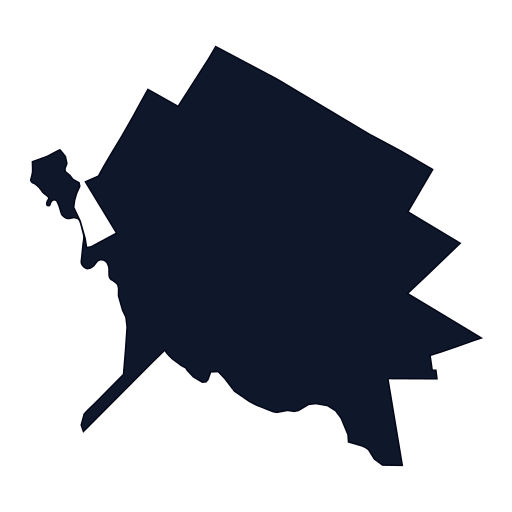 Bujoru, Teleorman, Romania (orthographic projection)
{"feature_id": "2599482B24334179401508", "entity_name": "Bujoru", "entity_type": "district", "adm_level": 2, "iso_a3": "ROU", "parent_name": "Romania", "parent_adm1": "Teleorman", "projection": "orthographic", "projection_center": [25.545, 43.726], "detail": "fine", "context": "isolated", "style": "filled", "palette": "ink", "viewbox_px": 512, "rotation_deg": 0, "n_neighbors": 0, "source": "geoboundaries", "source_scale": "gbopen_adm2", "svg_char_len": 2653}
<svg xmlns="http://www.w3.org/2000/svg" viewBox="0 0 512 512"><path d="M369.0,134.0L367.0,132.8L360.1,128.7L277.2,79.2L215.7,46.6L208.4,59.1L178.1,106.4L147.9,89.4L137.5,108.2L133.3,116.0L121.0,137.5L111.8,152.7L104.2,165.6L98.4,176.1L85.4,181.8L116.6,233.1L99.8,242.1L91.1,246.8L86.6,247.6L85.2,238.7L80.3,221.3L73.7,207.4L74.6,200.4L76.6,193.4L79.8,186.3L79.1,182.8L72.9,179.3L69.8,175.3L66.0,172.2L65.2,171.6L65.0,168.5L66.9,163.5L65.4,156.5L62.4,152.7L61.0,151.0L59.9,149.8L58.1,150.6L46.9,156.5L32.4,161.7L32.6,169.6L32.5,172.3L32.0,174.9L31.4,177.3L30.9,179.3L30.7,180.0L30.9,180.8L31.4,181.6L32.0,182.4L32.9,182.9L34.3,183.5L35.8,184.4L38.9,187.2L41.1,189.9L42.5,192.0L44.3,193.7L47.0,195.7L48.1,196.6L48.5,197.4L48.7,198.5L48.3,199.6L47.4,201.0L46.9,202.3L46.7,203.4L46.7,204.3L46.9,204.9L47.4,205.5L48.1,205.7L48.7,205.7L49.2,205.6L49.7,205.1L50.1,204.5L50.3,203.6L50.7,202.5L51.3,201.6L52.1,200.7L52.9,200.1L53.5,199.9L54.4,199.9L55.0,199.9L55.6,200.1L56.3,200.5L56.7,200.9L57.2,201.7L59.0,205.7L60.5,210.7L61.2,213.2L61.9,214.8L63.4,216.3L64.7,217.3L66.3,218.2L67.7,218.5L69.0,218.6L72.0,217.9L73.9,217.6L75.6,217.9L77.0,218.3L78.3,218.9L79.1,219.8L79.8,221.0L80.7,223.5L81.6,226.9L83.4,234.0L83.8,236.0L83.8,238.2L83.6,240.2L83.0,244.5L82.4,250.4L81.8,256.4L81.3,260.8L81.2,261.8L81.3,262.6L81.5,263.6L82.2,265.0L83.7,266.8L85.0,267.7L86.3,268.5L87.3,268.7L88.3,268.5L89.9,268.2L91.6,267.4L93.9,265.6L96.4,262.3L97.5,261.0L98.7,260.3L100.4,259.7L102.0,259.8L103.5,260.1L104.7,260.7L105.9,261.5L107.2,262.9L108.2,265.3L108.8,267.2L109.0,269.3L109.0,273.5L109.1,275.9L109.5,277.3L110.1,278.4L110.9,279.4L112.7,280.4L115.4,282.4L117.2,284.0L117.8,285.1L118.2,286.5L118.6,288.6L118.5,293.2L118.5,295.9L122.6,310.3L125.9,317.1L127.1,326.9L125.6,348.8L123.5,374.4L94.5,403.7L87.8,410.1L84.2,414.0L81.2,425.0L83.4,431.5L149.4,365.2L154.1,360.5L164.7,350.2L165.7,351.3L166.0,352.0L166.9,353.2L169.2,355.8L172.4,358.9L181.4,365.6L185.4,367.7L185.8,368.0L186.1,368.5L187.2,370.3L193.4,376.9L202.3,382.2L205.9,381.9L207.9,379.7L210.7,371.9L218.2,371.6L224.6,378.3L234.4,391.1L249.3,401.4L256.4,405.1L273.1,411.7L276.8,412.4L287.5,410.4L294.4,411.4L298.4,410.5L308.7,404.4L316.0,403.6L327.5,405.6L335.7,410.8L341.1,418.1L348.0,434.7L348.5,442.0L362.0,445.9L365.5,447.5L368.5,449.6L374.4,459.1L382.6,465.1L402.3,465.4L387.9,378.6L437.0,378.8L435.9,370.2L432.2,370.2L430.1,355.4L441.6,351.8L459.8,345.5L472.0,341.1L481.3,338.0L466.3,328.9L440.1,313.1L417.8,299.7L407.5,293.5L426.3,275.8L449.5,253.5L460.2,243.2L444.3,233.7L423.5,221.2L407.9,211.8L417.8,194.9L432.7,169.5L401.2,151.2L369.0,134.0Z" fill="#0f172a" stroke="#020617" stroke-width="1.5"/></svg>